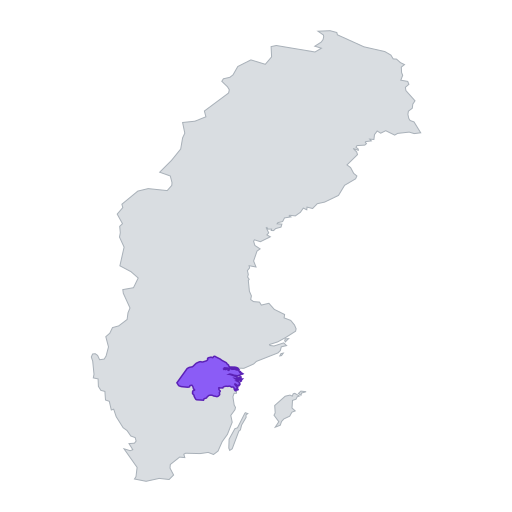 where Östergötland sits in Sweden
{"feature_id": "SWE-184", "entity_name": "Östergötland", "entity_type": "County", "adm_level": 1, "iso_a3": "SWE", "parent_name": "Sweden", "parent_adm1": "", "projection": "natural_earth1", "projection_center": [16.243, 58.361], "detail": "fine", "context": "in_parent", "style": "filled", "palette": "violet", "viewbox_px": 512, "rotation_deg": 0, "n_neighbors": 0, "source": "natural_earth", "source_scale": "10m", "svg_char_len": 8419}
<svg xmlns="http://www.w3.org/2000/svg" viewBox="0 0 512 512"><path d="M97.6,355.4L99.6,359.7L104.2,359.1L106.1,356.0L108.5,346.9L105.8,336.7L109.8,333.2L112.5,327.6L118.7,325.9L127.1,319.5L128.0,312.8L130.0,308.0L123.3,293.3L122.8,289.6L133.5,287.7L138.2,278.0L131.0,271.7L119.9,265.8L124.1,247.1L119.5,237.1L120.3,232.8L119.7,226.3L122.5,223.7L117.2,214.1L122.8,207.6L121.9,204.2L137.8,191.1L148.2,188.6L167.2,190.6L171.8,185.4L172.0,182.6L170.3,176.0L159.7,172.2L171.5,160.4L180.7,149.0L182.6,137.9L184.8,133.2L182.6,122.5L194.9,121.2L205.9,116.8L204.4,111.0L228.6,93.0L229.3,89.8L227.5,86.8L221.8,81.3L223.4,78.8L229.9,77.3L233.0,74.9L237.8,66.5L250.9,59.9L265.3,64.3L271.6,56.9L271.1,46.6L276.3,45.5L315.0,52.0L321.4,48.2L314.8,46.2L321.2,42.1L323.1,39.5L323.7,36.6L323.4,35.0L318.0,31.2L330.1,30.7L336.8,32.5L337.4,34.8L363.9,46.8L384.9,51.6L390.9,55.1L393.2,58.9L396.5,59.1L400.4,62.6L404.5,64.6L401.3,67.1L401.6,72.7L402.7,75.3L400.8,80.2L407.7,81.4L408.9,84.3L405.4,87.3L405.9,90.6L415.0,100.8L412.8,104.1L412.3,108.2L408.4,111.2L407.9,114.4L408.8,118.5L410.1,120.5L414.0,121.9L420.7,132.8L414.2,133.6L409.2,132.1L397.6,133.4L394.7,135.1L385.7,130.7L380.7,133.2L377.2,131.0L374.5,134.6L373.9,139.5L369.7,139.1L371.3,140.9L365.7,141.6L365.3,142.3L366.5,143.6L364.8,145.1L357.0,145.6L356.0,147.2L358.3,149.1L358.3,150.3L353.2,148.5L356.7,152.0L357.5,154.6L347.0,164.9L350.6,167.6L353.7,173.4L356.9,176.0L355.6,178.8L344.6,185.3L338.5,195.4L324.6,202.1L317.3,203.7L312.6,208.5L307.0,207.1L306.8,209.8L303.3,208.1L300.4,212.3L295.3,215.9L289.8,215.3L289.2,215.9L290.9,216.9L284.5,217.9L282.6,221.6L277.9,222.6L277.1,223.8L281.9,224.1L281.0,227.1L275.6,228.6L273.6,230.6L271.2,230.5L271.6,229.1L268.0,229.1L266.9,227.4L266.2,227.8L268.7,232.8L266.9,234.9L270.3,236.8L260.4,241.7L254.4,239.8L253.6,241.3L254.9,245.5L260.1,248.9L257.0,251.1L253.6,261.0L256.0,267.0L249.1,265.7L249.6,267.9L247.4,270.6L248.3,274.5L247.6,277.0L249.2,279.3L248.3,280.4L249.4,291.3L251.4,295.9L250.7,299.6L253.5,301.6L259.5,302.1L261.3,305.1L268.9,303.3L274.3,309.4L284.6,314.5L284.1,317.9L290.7,320.4L294.5,325.0L296.1,328.8L295.6,331.2L285.5,337.6L277.7,341.9L269.5,344.5L270.0,345.5L274.0,346.0L283.7,342.9L286.6,345.6L281.3,346.8L280.3,350.6L278.0,352.9L256.4,361.4L253.6,364.0L243.9,368.3L226.5,368.0L223.9,368.9L238.9,370.6L242.5,373.8L235.4,375.7L238.5,383.2L236.7,385.0L236.5,393.2L234.0,393.4L232.9,396.8L234.2,405.1L235.5,407.4L234.9,409.8L230.8,415.4L232.2,422.2L227.4,434.4L222.2,441.6L218.0,451.1L213.5,454.5L208.2,452.4L200.1,453.6L185.6,453.2L183.8,454.2L184.8,457.6L179.6,457.1L170.3,464.5L170.0,468.1L173.6,475.0L169.1,479.5L159.2,478.4L146.1,481.3L134.5,479.0L136.0,476.6L137.1,467.4L124.0,448.8L130.2,450.7L132.8,449.7L129.0,443.6L134.4,443.2L136.1,441.1L135.2,437.6L130.8,436.0L127.0,430.5L123.1,427.7L116.2,416.7L113.7,409.2L111.3,410.0L109.3,401.3L105.5,400.0L104.9,391.4L100.9,390.4L98.4,386.4L98.1,378.9L93.3,377.9L94.0,374.3L92.7,361.1L91.3,357.0L92.6,354.0L95.2,353.7L97.6,355.4ZM299.4,396.0L297.2,396.8L296.0,399.2L292.5,400.4L292.0,408.0L295.2,410.9L291.9,412.2L289.7,416.2L283.9,418.9L281.5,421.5L280.3,425.2L275.2,427.2L278.8,421.7L274.0,415.2L275.2,412.9L274.7,405.5L285.2,396.2L290.0,395.1L292.3,396.1L293.2,393.8L294.7,393.3L299.4,396.0ZM232.2,448.8L229.7,450.4L228.8,448.1L229.1,439.2L234.9,428.7L237.5,427.8L244.6,413.7L245.3,412.7L247.8,413.6L246.0,414.9L246.1,417.4L241.6,425.0L240.4,429.9L238.8,431.2L232.2,448.8ZM301.5,393.1L301.0,395.2L298.4,393.5L300.9,391.1L306.1,391.7L301.5,393.1ZM288.6,338.6L285.3,341.9L284.7,340.5L285.3,338.9L288.6,338.6ZM281.5,355.6L279.8,355.9L281.0,353.6L283.3,353.1L281.5,355.6Z" fill="#d9dde1" stroke="#a8b0b8" stroke-width="1"/><path d="M238.8,369.0L233.4,368.5L224.4,367.8L224.4,368.0L224.7,368.1L225.0,368.4L225.1,368.7L224.9,369.0L224.5,369.0L223.4,368.9L222.9,369.0L223.3,369.0L223.6,369.0L223.9,369.1L224.0,369.4L224.6,369.2L225.7,369.6L226.3,369.3L226.7,368.9L227.0,368.8L227.3,368.9L227.9,369.4L228.0,369.4L228.0,369.5L228.0,370.0L228.1,370.3L228.4,370.4L228.8,370.4L229.0,370.2L229.2,369.8L229.3,369.3L229.5,368.8L229.8,368.5L230.2,368.6L231.5,369.1L231.8,369.3L234.9,369.2L235.5,369.4L236.0,369.8L236.3,369.9L237.4,370.0L237.9,370.4L237.8,370.2L237.8,369.8L237.7,369.6L238.6,369.9L239.0,369.9L238.7,370.5L238.9,371.0L239.4,371.4L240.0,371.5L239.8,371.7L239.7,371.7L239.7,371.9L240.4,371.9L240.4,372.2L240.1,372.5L240.5,372.7L241.5,372.9L242.9,373.8L242.3,374.1L241.0,374.1L240.4,374.3L240.6,374.8L240.1,375.1L239.2,375.4L238.5,375.4L238.4,375.5L238.0,375.8L237.9,375.9L237.7,375.9L237.4,375.7L237.2,375.7L233.9,375.2L232.4,374.6L229.8,374.0L229.1,374.3L230.0,374.4L235.6,376.4L236.4,376.5L236.8,376.6L237.0,377.1L237.0,377.4L236.9,377.7L236.9,377.9L237.0,378.2L237.3,378.2L237.7,378.1L238.0,377.9L238.4,378.0L238.5,378.1L238.6,378.9L234.8,378.4L235.3,378.8L236.2,379.3L236.6,379.6L236.5,380.0L236.9,380.3L237.2,380.3L237.4,380.2L237.3,379.9L237.2,379.6L238.7,379.4L239.3,379.5L239.0,380.1L238.9,380.1L238.4,380.1L238.2,380.2L238.2,380.4L238.2,380.6L238.1,380.8L237.8,380.9L236.8,381.0L237.4,381.3L239.4,382.1L239.1,382.3L239.4,382.6L239.6,383.0L239.8,383.4L239.9,383.9L239.9,384.4L239.7,384.4L239.2,384.3L239.1,384.6L239.3,384.8L239.5,384.9L238.7,386.0L237.2,385.4L235.7,384.2L234.5,383.6L234.9,384.1L235.9,384.8L236.3,385.4L236.1,385.4L235.8,385.4L235.6,385.4L236.2,386.1L237.1,386.9L237.6,387.6L237.1,387.7L237.1,388.2L237.0,388.4L236.7,388.5L236.3,388.5L236.9,388.8L237.3,388.9L237.7,389.1L238.1,389.6L237.9,389.9L237.7,390.0L237.4,389.9L237.2,389.6L236.4,389.9L236.3,390.1L236.7,390.5L236.1,390.3L235.6,389.2L235.2,389.1L234.9,389.5L235.0,390.0L235.6,390.8L235.9,390.7L236.3,390.8L235.6,390.8L235.2,390.7L234.9,390.4L234.5,389.8L234.3,389.4L233.9,387.8L233.8,387.5L233.5,387.2L233.1,387.1L232.7,387.0L231.7,387.1L231.4,387.1L231.1,386.9L230.8,386.7L230.4,386.4L229.8,386.2L229.3,386.1L228.8,386.2L227.9,386.4L226.2,386.2L225.5,386.3L223.9,386.7L223.4,387.0L223.0,387.4L222.9,387.7L222.8,388.0L222.4,388.0L221.6,387.9L220.8,388.0L219.2,387.7L218.8,387.8L218.7,388.0L218.8,388.2L219.0,388.3L219.1,388.5L218.9,389.0L218.9,389.5L219.1,389.8L220.1,390.8L220.2,391.0L220.2,391.3L220.1,391.5L219.9,391.8L219.6,392.2L219.4,392.4L219.4,392.7L219.4,393.1L219.6,393.7L219.7,394.2L219.6,394.7L219.3,395.1L218.3,396.1L217.6,396.5L217.0,396.6L216.4,396.6L215.6,396.3L213.7,396.0L212.5,395.4L212.1,395.3L211.0,395.1L210.4,395.2L209.5,395.3L209.0,395.4L208.5,395.7L207.7,396.5L207.2,396.9L206.9,397.3L206.7,397.7L206.4,398.0L205.9,398.2L204.7,398.5L204.2,398.7L204.0,398.9L203.8,399.3L203.8,399.5L203.5,400.2L197.0,399.8L196.4,399.7L195.8,399.3L195.3,398.5L194.6,397.3L194.3,396.6L194.1,396.2L194.1,395.7L194.0,395.3L193.6,394.8L192.7,393.8L192.5,393.4L192.5,393.1L192.7,392.8L192.7,392.6L192.7,392.4L192.5,392.1L192.5,391.9L192.7,391.6L192.8,391.3L192.9,390.9L193.1,390.7L193.3,390.5L193.9,390.4L194.2,390.3L194.3,390.2L194.5,390.1L194.6,389.9L194.5,389.7L194.3,389.5L193.6,388.8L193.4,388.6L193.4,388.3L193.2,387.6L192.9,386.8L192.7,386.3L192.2,385.6L192.1,385.4L191.9,385.2L191.7,385.2L190.3,385.5L190.0,385.6L189.9,385.7L189.7,386.3L189.6,386.7L189.1,387.0L188.6,387.1L187.5,387.2L181.3,386.6L179.1,385.9L178.4,385.2L176.9,382.8L187.1,368.6L188.4,367.8L189.3,367.4L192.3,366.8L192.8,366.5L193.7,365.7L195.7,363.7L196.5,363.1L199.4,361.8L200.2,361.7L200.9,361.7L201.8,362.0L202.6,362.0L203.3,361.8L206.2,360.9L206.9,360.5L207.6,359.7L207.8,359.2L207.7,358.9L207.6,358.6L207.6,358.4L207.9,358.1L208.4,357.8L209.2,357.5L209.9,357.5L211.0,357.1L212.4,357.7L212.7,357.6L213.0,357.5L213.4,356.8L213.5,356.6L213.8,356.5L214.3,356.3L214.8,356.3L215.1,356.4L216.1,357.0L220.3,359.1L221.8,360.3L226.1,362.6L226.5,362.9L226.7,363.4L227.1,363.9L228.5,365.0L228.7,365.8L228.9,366.2L229.4,366.6L229.8,366.9L230.1,367.0L234.8,367.1L236.3,367.4L237.5,367.9L238.3,368.5L238.7,369.0L238.8,369.0ZM241.7,379.1L242.2,379.0L242.4,379.0L242.1,379.3L241.8,379.6L241.4,379.7L241.0,379.7L240.5,379.6L240.0,379.3L239.7,378.9L239.5,378.6L239.4,378.5L239.3,378.3L239.3,378.1L239.2,377.9L238.9,377.6L239.0,377.3L239.5,377.1L240.0,376.9L240.3,376.9L240.7,376.8L240.8,376.9L241.0,377.0L240.9,377.2L240.6,377.5L240.3,377.6L240.0,377.5L240.5,377.8L240.2,377.9L240.0,378.1L240.1,378.4L240.5,378.7L241.1,379.1L241.7,379.1ZM241.0,380.1L241.3,380.3L241.4,380.5L241.4,380.9L241.1,381.2L240.7,381.2L240.2,380.6L240.1,380.1L240.5,379.9L241.0,380.1Z" fill="#8b5cf6" stroke="#5b21b6" stroke-width="1.5"/></svg>